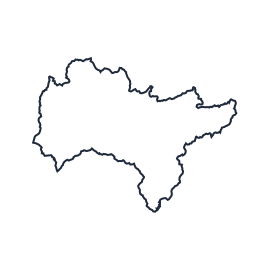 Chi Lang, Lạng Sơn, Vietnam (Robinson projection), rotated 24°
{"feature_id": "81297802B55451481919262", "entity_name": "Chi Lang", "entity_type": "district", "adm_level": 2, "iso_a3": "VNM", "parent_name": "Vietnam", "parent_adm1": "Lạng Sơn", "projection": "robinson", "projection_center": [106.633, 21.667], "detail": "fine", "context": "isolated", "style": "outline", "palette": "slate", "viewbox_px": 256, "rotation_deg": 24, "n_neighbors": 0, "source": "geoboundaries", "source_scale": "gbopen_adm2", "svg_char_len": 5790}
<svg xmlns="http://www.w3.org/2000/svg" viewBox="0 0 256 256"><g transform="rotate(24 128 128)"><path d="M133.8,80.8L132.5,80.3L132.0,80.4L131.4,80.9L131.4,82.0L130.8,83.4L129.8,87.2L128.6,88.8L126.9,90.3L126.0,90.9L124.8,91.1L123.2,89.8L121.7,90.8L121.1,90.8L118.9,89.5L118.0,90.4L116.2,93.1L115.8,93.4L114.5,93.6L113.8,93.5L113.4,90.0L112.4,88.6L112.2,86.8L110.5,84.0L106.7,81.6L104.0,78.7L103.5,77.7L102.4,77.5L101.1,76.6L100.3,76.6L100.0,76.3L98.9,76.6L97.7,75.9L96.0,76.4L96.2,79.6L95.6,80.9L95.2,81.4L93.5,82.1L91.7,84.0L91.1,84.2L87.4,82.3L84.6,82.4L83.4,82.9L82.3,83.0L81.5,85.2L80.2,86.9L80.1,88.0L78.7,87.0L76.6,87.1L74.5,86.7L72.9,85.6L70.0,83.0L68.8,82.4L66.7,82.2L66.4,80.6L65.7,79.4L63.2,81.8L62.0,82.0L60.8,83.9L59.7,85.3L57.9,85.1L56.2,85.4L55.4,86.3L54.3,86.0L53.1,86.7L52.2,86.8L51.7,88.6L49.7,89.7L49.4,91.9L48.2,94.0L48.2,95.0L48.8,96.1L48.2,96.8L47.8,98.2L48.2,98.9L48.3,100.0L49.3,101.1L49.7,104.3L50.4,105.3L51.3,105.9L51.0,107.2L53.7,107.5L54.6,108.1L55.5,109.1L55.4,110.4L54.0,111.4L52.5,112.2L50.9,113.9L50.6,114.4L50.6,116.0L47.6,115.7L45.9,117.9L44.3,117.1L42.9,117.1L42.2,115.1L40.2,115.4L40.0,113.0L38.2,112.7L37.0,112.9L35.7,112.7L35.2,113.4L35.5,114.3L36.9,116.3L37.1,119.1L38.1,122.9L37.4,125.0L37.9,126.3L36.5,127.2L36.5,128.4L35.6,128.7L35.3,129.3L35.5,130.9L35.4,133.6L35.1,135.9L35.7,136.6L36.1,137.6L36.4,140.0L37.5,140.8L37.9,142.2L39.0,143.0L38.6,144.1L38.7,145.1L39.7,147.4L40.4,148.2L40.5,149.6L40.8,150.1L41.2,150.5L42.2,150.5L44.0,152.8L42.9,154.6L42.7,155.8L43.1,157.2L44.2,158.7L45.3,159.3L46.4,160.4L46.8,161.1L46.9,162.9L48.0,163.3L48.4,164.2L48.9,166.6L49.0,169.0L47.9,171.0L46.8,172.5L46.4,173.8L47.3,180.0L49.6,179.5L52.0,179.4L53.5,179.6L56.0,180.4L57.1,180.9L56.9,182.4L57.2,183.0L59.0,184.6L59.6,186.1L61.0,185.6L61.4,186.3L62.9,187.0L63.2,187.3L68.9,184.1L69.5,184.2L70.6,185.5L71.8,185.2L72.8,185.5L73.5,186.1L72.9,186.6L73.0,187.0L73.6,186.8L76.5,188.8L77.0,192.0L78.0,192.8L80.6,196.0L81.1,196.3L81.7,195.1L82.6,192.5L83.0,191.6L83.0,189.6L83.6,188.4L83.3,187.0L83.6,184.7L84.8,182.6L85.7,181.6L87.3,181.8L88.3,180.5L89.3,179.7L90.3,178.3L90.1,176.8L90.8,176.0L91.1,174.9L93.2,173.8L94.8,171.5L95.0,170.6L94.7,168.3L96.2,167.3L96.9,166.2L99.1,166.0L100.4,165.3L102.5,163.5L102.8,163.0L103.3,161.4L105.9,162.3L108.4,162.5L109.6,163.1L112.1,163.5L112.3,162.7L113.3,163.1L115.5,162.8L116.2,161.6L117.2,161.5L118.0,161.0L120.4,160.9L121.5,160.1L122.3,159.8L123.3,158.7L125.5,159.1L127.4,159.8L127.7,161.1L128.0,161.5L131.0,161.9L132.4,162.4L134.2,161.3L135.6,160.9L136.0,160.6L136.6,159.4L137.8,159.6L139.9,161.0L141.5,161.0L143.5,159.5L144.7,160.4L145.4,160.3L147.1,159.2L148.0,158.1L150.2,160.4L151.3,161.1L153.1,161.6L153.9,161.5L155.1,162.3L156.6,162.8L157.5,164.1L160.6,165.1L161.1,165.6L162.4,166.1L162.6,166.4L162.7,167.3L162.2,169.2L162.6,171.8L161.5,173.7L160.9,176.0L160.9,176.7L161.4,177.7L164.0,179.6L164.7,181.5L166.0,183.2L166.8,183.2L167.7,183.8L168.8,183.5L169.8,184.7L170.9,185.2L171.5,185.8L173.3,186.1L174.7,187.9L176.5,189.3L176.6,191.4L177.0,191.8L179.2,192.3L180.8,193.1L183.5,193.1L184.8,193.9L186.7,193.5L186.9,192.8L187.9,191.6L187.9,191.2L187.2,190.3L188.3,190.4L188.5,190.2L187.8,189.1L188.6,188.5L187.8,187.7L187.8,187.2L188.0,186.9L188.5,187.4L189.2,186.7L189.0,186.4L188.4,186.4L188.4,185.5L187.6,185.2L188.1,184.3L187.6,183.5L187.5,182.6L187.3,182.4L186.6,182.8L186.7,180.5L187.0,179.9L188.5,178.2L190.3,177.0L191.2,176.8L193.5,177.5L194.4,176.4L195.2,172.6L195.2,171.6L194.7,170.1L193.2,167.8L193.3,165.4L193.9,164.6L194.7,161.8L195.8,160.9L196.4,159.9L196.7,157.7L197.5,157.0L197.5,156.5L197.2,155.5L196.0,154.5L195.2,152.0L195.5,149.9L196.4,147.4L195.9,145.1L194.4,143.8L194.0,142.6L192.5,141.1L192.2,139.6L189.6,140.3L189.3,139.8L189.1,138.9L188.1,137.1L185.8,136.5L185.1,135.9L185.3,133.9L186.0,133.0L186.7,132.6L188.3,130.2L189.2,130.8L190.0,129.7L190.6,128.1L190.4,126.3L189.8,125.1L187.6,123.6L187.0,122.8L186.9,120.3L187.2,119.4L187.2,118.5L188.7,119.0L189.4,118.8L190.5,118.1L190.5,117.3L192.2,116.3L192.3,114.4L194.3,112.8L194.0,111.1L194.1,109.9L193.7,108.7L193.9,108.1L195.5,108.4L196.7,108.2L197.5,107.6L197.6,106.9L198.6,106.9L199.2,106.6L199.7,105.3L199.5,104.7L199.6,104.2L201.8,101.3L202.8,101.3L203.6,101.0L204.8,99.5L206.1,99.8L207.1,101.4L207.9,102.2L208.5,99.6L208.5,98.0L209.0,97.2L210.0,96.3L211.0,96.4L211.8,96.0L212.5,95.4L213.0,94.4L214.1,94.7L213.6,92.1L213.8,90.8L213.6,89.5L215.7,87.8L216.5,86.5L217.1,86.1L219.1,83.4L219.2,82.6L219.2,79.7L218.6,79.0L218.4,77.8L219.1,75.8L218.7,74.8L219.2,73.6L220.5,72.3L220.9,70.3L220.0,69.8L218.8,68.0L216.9,67.0L217.2,66.1L216.7,64.6L216.6,62.2L216.3,61.2L215.6,60.4L214.7,59.7L212.8,60.1L210.5,59.9L210.2,60.3L210.1,61.1L210.1,63.6L209.6,63.2L209.0,63.3L208.6,65.3L207.9,66.0L206.6,66.0L206.4,66.2L206.5,67.0L205.7,67.3L205.3,68.0L203.8,69.0L203.3,69.7L202.7,71.7L202.2,71.6L201.9,70.9L201.5,70.7L199.4,72.3L197.9,72.0L197.3,73.4L196.7,73.7L196.2,74.8L195.3,74.8L194.8,75.3L194.4,75.3L193.8,76.3L193.1,76.2L189.1,78.0L188.0,78.2L186.7,78.8L184.8,80.3L184.1,81.2L182.0,80.7L181.7,79.1L181.8,78.7L183.3,77.2L184.8,77.0L185.8,76.5L186.3,75.6L185.9,74.4L184.7,73.3L183.8,73.0L182.9,71.7L180.5,72.6L179.9,71.9L179.8,70.4L179.6,70.1L178.1,68.8L176.8,69.0L175.1,67.8L174.5,67.2L174.1,65.7L173.3,65.1L173.1,64.3L171.4,64.0L171.0,64.4L171.1,65.5L171.7,66.7L171.4,67.5L170.0,68.1L169.7,68.7L167.1,70.0L166.4,72.7L165.0,73.8L163.8,74.0L163.1,76.6L160.5,78.6L160.0,79.8L158.7,80.9L158.3,82.1L156.1,83.9L154.4,83.7L153.9,83.8L151.1,87.5L149.6,87.7L149.0,88.1L148.7,89.0L147.5,89.3L146.3,90.5L145.4,90.5L144.1,91.5L142.9,90.2L142.8,88.0L141.9,87.3L141.5,87.3L138.6,88.7L137.7,88.6L136.7,89.9L136.1,90.1L134.9,89.8L134.5,89.4L133.2,87.4L133.1,86.6L133.2,85.5L134.1,85.0L133.3,83.0L133.8,80.8Z" fill="none" stroke="#1e293b" stroke-width="2"/></g></svg>